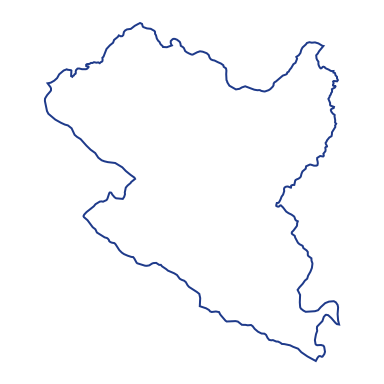 Bac Yen, Son La, Vietnam (Mercator projection)
{"feature_id": "81297802B44532488811780", "entity_name": "Bac Yen", "entity_type": "district", "adm_level": 2, "iso_a3": "VNM", "parent_name": "Vietnam", "parent_adm1": "Son La", "projection": "mercator", "projection_center": [104.438, 21.222], "detail": "fine", "context": "isolated", "style": "outline", "palette": "blue", "viewbox_px": 384, "rotation_deg": 0, "n_neighbors": 0, "source": "geoboundaries", "source_scale": "gbopen_adm2", "svg_char_len": 5850}
<svg xmlns="http://www.w3.org/2000/svg" viewBox="0 0 384 384"><path d="M323.4,46.0L322.2,45.7L318.4,43.4L315.0,42.4L311.8,42.7L309.4,42.2L306.9,43.0L305.9,44.4L302.5,47.5L301.3,49.8L300.4,53.0L298.8,55.2L296.3,56.9L297.1,58.7L295.5,62.8L293.4,64.2L291.2,68.0L289.8,69.6L288.7,71.6L287.2,72.5L287.1,73.6L286.0,74.5L282.8,75.6L275.9,81.5L274.5,82.3L273.7,83.5L273.5,85.4L272.8,86.6L270.3,89.1L268.6,90.2L264.8,91.5L263.2,91.3L261.3,90.9L259.8,90.1L257.3,90.2L254.3,89.7L245.2,86.3L241.9,87.4L239.5,88.8L235.9,89.4L229.4,85.7L227.3,82.3L227.2,81.5L226.5,80.1L226.2,74.1L226.4,70.6L226.0,68.4L223.7,66.8L223.3,65.2L220.9,63.5L217.9,62.2L214.5,60.5L212.5,60.1L210.8,59.3L209.6,57.6L208.7,55.0L206.7,53.2L202.7,51.7L200.0,51.3L197.1,52.3L192.7,54.6L191.4,54.5L189.1,53.5L186.8,52.3L185.2,51.1L183.9,48.1L182.9,47.1L180.8,45.8L180.4,43.4L179.7,41.8L177.0,39.7L174.9,38.9L173.3,38.9L172.6,39.2L170.8,41.0L170.7,42.7L171.1,44.2L171.9,45.4L166.9,47.2L163.0,47.0L162.6,46.1L160.6,44.3L159.4,41.8L158.2,40.8L156.8,38.5L156.0,35.3L155.1,33.9L155.0,31.8L154.4,30.9L150.7,28.8L146.9,28.4L143.4,27.1L142.8,26.6L142.0,23.9L140.0,23.0L134.8,25.8L130.8,28.9L127.0,29.4L125.1,30.5L123.9,32.0L123.3,35.0L122.3,36.1L120.8,36.3L118.8,35.4L117.8,36.9L114.1,39.9L113.1,42.7L109.9,45.3L106.5,49.0L103.5,56.7L102.4,57.7L102.6,59.9L102.4,61.1L101.6,61.9L100.7,62.2L99.7,63.2L98.2,62.4L96.5,62.7L94.0,62.2L92.4,63.0L91.0,62.9L89.5,63.9L87.0,64.1L86.2,64.7L86.2,66.1L86.6,66.3L88.2,66.4L88.5,66.6L88.5,67.3L87.2,68.7L86.0,69.2L82.0,69.2L79.2,68.5L77.5,68.6L76.0,70.2L75.7,71.6L75.8,73.0L75.4,73.9L74.6,74.2L73.8,75.5L72.7,76.1L72.3,76.8L71.1,76.1L71.4,70.6L71.0,70.2L67.4,69.7L66.8,69.3L63.7,70.5L59.2,74.3L57.1,78.1L54.2,80.7L50.7,82.7L47.6,83.3L50.5,87.2L51.0,88.4L51.0,90.3L50.5,91.2L47.2,95.0L45.7,97.4L45.0,98.7L44.9,101.0L47.0,111.1L48.4,113.8L55.3,119.6L61.0,122.8L64.9,124.6L67.9,125.4L71.6,128.3L74.6,134.8L76.9,136.8L80.6,139.1L86.4,145.6L90.6,149.7L95.2,153.0L98.3,157.7L101.7,160.3L104.4,161.3L107.7,162.1L115.2,163.0L122.3,167.3L125.8,171.0L130.6,174.9L134.4,177.6L135.1,178.9L131.2,182.0L130.5,183.1L127.6,185.5L125.8,187.6L124.8,192.4L125.0,194.2L124.2,196.8L122.8,198.9L116.1,198.3L114.6,197.3L112.3,194.6L111.3,192.8L110.8,192.5L109.7,192.5L109.2,193.3L107.4,198.8L106.5,200.1L103.0,201.7L101.7,201.4L99.8,201.6L95.5,204.2L93.8,206.3L86.5,212.1L84.2,214.6L83.5,216.1L83.9,217.1L87.5,220.2L92.7,227.2L95.4,229.3L96.9,232.5L104.7,237.4L106.9,238.0L108.0,238.8L109.0,240.2L109.2,241.1L110.4,242.1L112.0,242.7L114.4,243.1L115.5,244.2L119.3,250.1L121.8,252.6L124.0,254.1L127.7,255.7L131.3,256.9L133.2,257.1L134.3,258.5L136.6,262.7L137.3,263.3L145.0,265.7L146.8,265.8L149.2,265.4L152.0,263.6L153.3,263.1L156.2,262.9L159.2,264.9L160.9,264.9L162.0,266.3L166.3,269.2L167.9,270.6L174.2,273.3L177.0,275.0L179.7,278.7L181.6,279.8L184.1,280.7L185.8,282.1L187.6,285.3L189.0,286.9L196.9,292.0L199.3,293.9L200.2,298.1L199.8,306.2L206.1,308.3L209.0,310.0L210.1,311.4L211.7,312.0L215.9,311.5L219.1,312.1L219.9,313.9L220.8,315.2L225.5,320.7L226.7,321.5L235.6,321.1L237.9,321.6L241.9,324.8L245.6,324.9L247.7,325.3L251.0,325.0L252.6,326.1L254.7,328.9L258.0,331.7L261.5,333.5L264.5,333.7L266.1,334.9L267.5,337.8L269.2,339.9L271.3,340.3L272.9,340.1L276.2,341.5L278.1,341.6L280.5,342.8L281.8,343.9L284.4,344.1L290.1,345.3L293.1,346.8L298.1,348.7L301.3,352.2L307.4,356.4L315.8,361.0L317.6,357.7L318.7,356.4L319.4,356.1L320.5,356.2L321.9,356.8L322.5,356.6L324.3,354.1L325.0,351.8L324.2,347.0L323.4,345.7L321.1,345.0L317.1,345.2L315.9,344.6L315.5,343.9L314.9,340.1L316.0,334.2L317.2,330.9L316.9,328.4L317.1,326.6L322.4,321.1L323.8,316.9L325.6,314.9L326.3,314.8L328.2,315.2L331.4,318.1L335.4,322.8L336.9,324.1L339.1,324.5L338.1,320.4L337.6,314.1L338.1,307.4L337.6,304.9L335.8,302.3L333.8,301.2L329.0,301.6L325.2,303.1L320.8,307.1L318.1,310.2L315.0,311.2L305.7,311.8L303.4,310.6L300.9,308.6L300.2,307.3L300.0,305.2L299.8,302.3L300.1,294.9L297.6,289.9L299.4,287.4L302.7,283.8L304.9,280.6L307.2,278.7L308.1,275.7L310.4,271.7L311.9,267.9L312.4,264.0L312.4,263.2L311.5,260.6L311.4,258.3L308.3,256.0L307.8,255.0L307.8,252.0L306.6,250.4L303.4,248.1L302.6,245.8L299.5,244.2L297.9,242.7L295.2,237.6L294.7,235.8L292.2,234.1L291.7,233.1L292.0,232.0L293.5,230.5L296.8,226.1L297.1,224.9L297.1,223.3L297.8,221.3L296.2,220.6L295.3,219.6L294.5,217.2L294.0,216.4L291.5,214.6L288.6,213.2L286.2,211.6L283.0,207.4L280.8,205.3L280.1,205.5L279.0,206.5L278.1,206.7L276.4,206.1L276.2,205.3L276.8,203.0L278.5,202.8L279.3,201.8L280.5,199.5L281.6,196.6L283.1,194.6L284.2,191.1L284.0,189.0L284.5,187.6L285.7,186.8L287.2,186.5L288.2,186.6L290.6,187.6L291.0,187.6L291.2,185.6L292.4,185.0L294.3,184.9L295.2,180.7L295.6,180.0L297.3,179.1L298.5,178.7L300.3,177.3L300.8,176.5L301.5,173.7L302.5,171.4L305.7,168.7L306.1,166.3L309.8,164.6L310.7,164.6L314.1,165.7L316.2,165.7L317.4,165.2L317.8,163.5L317.7,162.0L317.1,159.3L317.2,157.9L320.2,156.0L323.1,156.5L323.6,156.1L323.8,155.4L323.4,153.7L325.4,151.2L325.6,149.8L325.3,147.7L325.7,147.1L327.0,146.5L326.9,145.9L325.8,143.9L325.6,142.9L326.7,141.3L326.9,140.5L329.3,137.5L331.5,136.2L331.9,134.5L332.0,132.3L335.3,127.0L335.1,125.5L336.2,123.7L335.1,122.6L335.2,120.2L334.5,116.3L334.7,115.1L334.6,114.8L332.9,113.7L331.3,111.6L330.8,110.0L331.4,109.0L333.7,108.0L334.0,106.9L330.5,105.6L330.1,104.9L330.1,102.9L328.4,98.9L329.6,96.9L329.8,95.7L330.7,94.7L331.2,93.0L332.0,91.9L332.1,90.8L331.9,89.2L334.9,87.5L335.5,86.5L335.3,86.0L333.4,85.8L333.0,85.4L333.0,84.7L333.6,83.2L333.1,81.5L333.8,81.0L337.1,81.3L337.9,80.1L337.0,78.4L337.0,76.9L335.5,75.2L335.0,73.1L333.4,72.5L333.5,71.0L331.8,71.1L330.6,70.8L328.7,69.6L326.1,68.5L325.2,67.9L324.6,67.1L323.5,66.7L322.7,66.9L321.5,68.2L320.8,68.4L320.4,68.2L319.3,66.6L318.7,65.2L318.4,64.1L318.4,61.6L317.2,60.0L316.5,58.4L316.2,55.3L317.8,53.5L319.1,51.2L323.4,46.0Z" fill="none" stroke="#1e3a8a" stroke-width="2"/></svg>